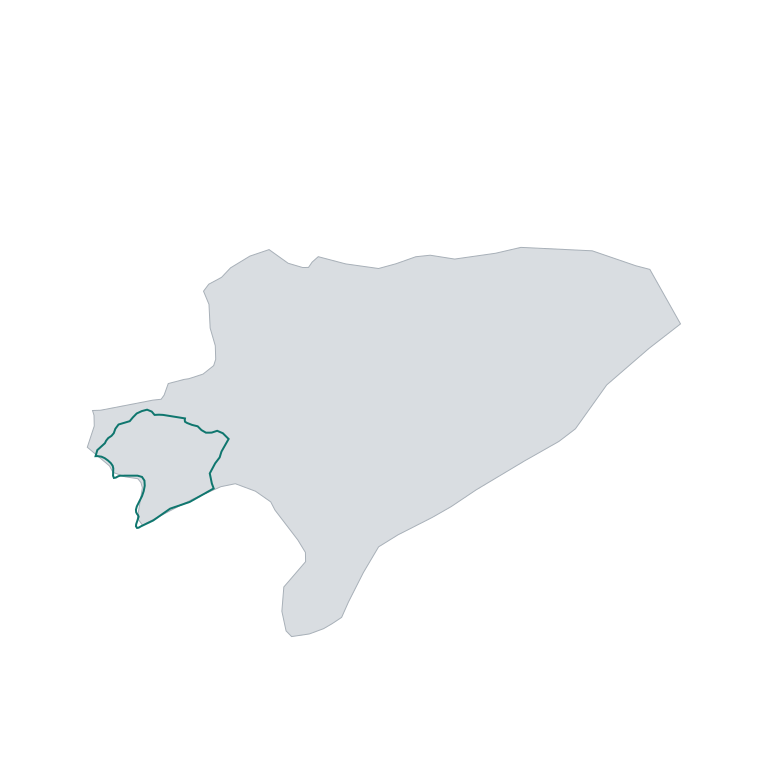 location of Kirundo within Burundi, rotated 239°
{"feature_id": "BDI-2643", "entity_name": "Kirundo", "entity_type": "Province", "adm_level": 1, "iso_a3": "BDI", "parent_name": "Burundi", "parent_adm1": "", "projection": "equal_earth", "projection_center": [30.179, -2.549], "detail": "fine", "context": "in_parent", "style": "outline", "palette": "teal", "viewbox_px": 768, "rotation_deg": 239, "n_neighbors": 0, "source": "natural_earth", "source_scale": "10m", "svg_char_len": 2010}
<svg xmlns="http://www.w3.org/2000/svg" viewBox="0 0 768 768"><g transform="rotate(239 384 384)"><path d="M511.4,120.5L507.5,127.5L489.2,177.6L485.7,185.1L487.7,189.8L495.5,199.3L490.9,215.0L489.1,219.3L485.7,234.0L487.5,247.5L491.9,252.5L503.7,259.1L521.5,263.8L542.4,275.0L556.5,277.1L559.8,285.2L559.1,299.7L562.6,312.3L562.7,334.9L558.4,354.7L536.9,364.0L525.8,374.2L522.8,379.3L525.5,385.2L527.0,393.2L506.7,413.0L485.8,438.8L480.9,456.2L476.7,476.8L470.6,489.9L454.7,508.9L438.6,547.0L430.6,571.7L390.9,631.1L355.6,660.8L345.3,670.9L282.8,669.1L278.0,629.1L268.5,574.4L247.0,525.0L244.7,504.4L245.7,464.5L245.8,408.5L244.3,378.4L244.8,356.5L247.5,318.3L247.2,295.5L233.0,269.2L215.4,241.2L205.8,227.5L205.3,216.4L205.4,206.2L208.2,191.3L215.1,174.7L222.8,172.9L241.8,179.4L261.6,193.6L272.1,225.3L280.1,229.9L294.7,229.8L332.0,225.6L341.3,226.2L358.3,218.6L375.1,205.2L380.0,191.3L383.9,160.2L387.5,104.2L396.1,103.6L419.6,123.5L424.7,124.9L429.6,124.2L437.8,114.3L447.8,106.2L455.2,106.5L482.6,97.1L497.2,114.0L506.5,119.3L511.4,120.5Z" fill="#d9dde1" stroke="#a8b0b8" stroke-width="1"/><path d="M453.6,109.3L456.8,109.1L460.6,108.0L464.3,106.4L467.2,104.4L469.8,101.2L470.7,99.6L475.0,104.2L477.0,114.3L478.5,116.6L479.7,119.8L479.9,123.7L481.0,127.0L484.0,130.7L486.0,135.6L483.1,146.9L484.7,151.5L486.1,156.9L485.5,162.5L484.0,167.7L480.0,170.7L475.7,171.4L473.6,175.3L471.3,178.7L457.0,195.7L455.8,194.7L454.2,194.0L452.2,195.0L447.8,198.4L443.7,202.5L438.5,203.8L434.0,206.3L431.1,211.2L429.8,216.9L424.8,220.5L416.9,222.5L409.8,209.9L405.7,205.3L403.0,198.5L397.1,188.6L387.4,185.2L382.2,184.2L383.0,156.7L387.3,136.5L385.9,115.9L387.2,102.2L387.2,99.7L387.8,98.2L389.8,98.1L391.4,99.3L392.8,100.9L393.1,101.3L396.6,105.3L398.1,105.6L399.8,105.4L401.7,105.5L404.0,106.6L406.4,109.1L412.6,118.9L415.9,122.8L420.0,126.5L424.6,128.9L429.0,128.7L432.4,125.5L441.4,110.4L441.8,108.5L441.9,105.9L442.6,104.1L444.9,104.5L451.1,108.5L453.6,109.3Z" fill="none" stroke="#0f766e" stroke-width="2"/></g></svg>